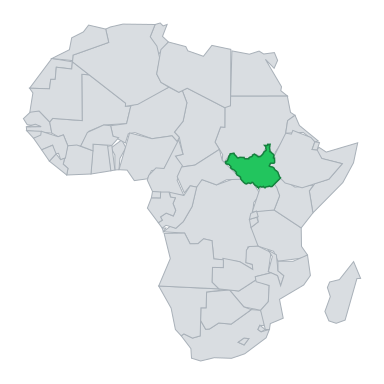 where South Sudan sits in Africa
{"feature_id": "SSD", "entity_name": "South Sudan", "entity_type": "country or territory", "adm_level": 0, "iso_a3": "SSD", "parent_name": "Africa", "parent_adm1": "", "projection": "albers", "projection_center": [30.346, 7.857], "detail": "fine", "context": "in_parent", "style": "filled", "palette": "green", "viewbox_px": 384, "rotation_deg": 0, "n_neighbors": 49, "source": "natural_earth", "source_scale": "50m", "svg_char_len": 13273}
<svg xmlns="http://www.w3.org/2000/svg" viewBox="0 0 384 384"><path d="M274.1,210.0L301.2,227.9L301.5,246.4L307.5,255.0L303.5,257.9L277.9,261.2L273.6,251.3L258.1,246.2L252.4,237.4L251.0,227.5L258.2,221.9L256.5,211.0L274.1,210.0Z" fill="#d9dde1" stroke="#a8b0b8" stroke-width="1"/><path d="M72.4,61.8L71.7,69.0L56.3,67.2L55.2,79.4L50.7,79.4L49.5,88.8L29.6,88.2L51.8,58.5L72.4,61.8Z" fill="#d9dde1" stroke="#a8b0b8" stroke-width="1"/><path d="M251.0,227.5L258.1,246.2L247.8,247.0L245.9,262.6L252.3,264.4L252.8,269.5L239.7,261.7L213.8,258.9L212.0,240.7L203.6,238.8L198.0,243.7L190.1,243.8L184.6,233.1L163.4,231.8L170.9,225.8L175.8,228.3L183.3,221.6L192.1,206.5L197.3,183.6L202.0,179.6L216.5,184.9L232.8,179.1L241.3,179.2L246.6,184.0L253.0,182.5L260.3,194.4L253.8,202.4L251.0,227.5Z" fill="#d9dde1" stroke="#a8b0b8" stroke-width="1"/><path d="M312.9,212.9L309.3,190.9L314.9,183.5L328.9,179.2L342.3,163.7L321.8,158.5L316.1,151.7L318.8,147.2L326.2,152.1L357.7,142.8L353.5,162.8L342.8,182.6L312.9,212.9Z" fill="#d9dde1" stroke="#a8b0b8" stroke-width="1"/><path d="M301.2,227.9L274.1,210.0L279.6,195.8L274.4,184.1L280.7,177.8L294.9,187.1L313.5,185.1L309.3,190.9L312.9,212.9L301.2,227.9Z" fill="#d9dde1" stroke="#a8b0b8" stroke-width="1"/><path d="M227.6,164.1L223.9,161.9L222.2,160.4L222.7,154.7L215.0,142.1L220.6,126.9L224.8,127.3L224.9,105.7L230.5,105.7L230.6,96.0L287.3,95.9L290.5,112.4L295.0,115.3L287.6,120.6L285.0,137.5L275.3,152.2L274.0,162.0L267.8,144.2L261.1,156.4L254.4,154.0L249.3,158.5L238.4,158.1L230.2,153.9L224.3,162.1L227.6,164.1Z" fill="#d9dde1" stroke="#a8b0b8" stroke-width="1"/><path d="M224.9,107.7L224.8,127.3L220.6,126.9L215.0,142.1L219.4,149.4L194.9,165.1L181.6,167.0L175.4,156.1L183.0,154.3L179.3,137.4L174.4,132.1L183.1,121.2L186.9,102.8L182.3,90.6L187.2,88.2L224.9,107.7Z" fill="#d9dde1" stroke="#a8b0b8" stroke-width="1"/><path d="M181.2,335.8L183.9,333.9L192.5,338.1L200.2,335.9L200.6,320.5L205.7,329.3L209.5,329.0L218.7,323.0L231.2,324.1L251.3,309.6L260.6,310.3L264.5,319.4L264.1,325.7L259.8,325.3L257.9,329.5L261.1,331.8L269.4,329.5L266.1,337.8L244.7,353.8L231.5,358.3L214.2,357.7L200.6,361.0L191.5,358.2L190.9,348.6L181.2,335.8ZM248.8,338.6L244.0,338.2L238.2,342.3L244.1,345.0L248.8,338.6Z" fill="#d9dde1" stroke="#a8b0b8" stroke-width="1"/><path d="M248.8,338.6L244.1,345.0L238.2,342.3L244.0,338.2L248.8,338.6Z" fill="#d9dde1" stroke="#a8b0b8" stroke-width="1"/><path d="M260.6,310.3L243.8,306.9L229.5,290.0L238.8,291.0L255.7,280.0L269.2,285.5L268.3,301.7L260.6,310.3Z" fill="#d9dde1" stroke="#a8b0b8" stroke-width="1"/><path d="M251.3,309.6L231.2,324.1L218.7,323.0L209.5,329.0L205.7,329.3L200.6,320.5L200.9,307.8L206.1,307.8L206.6,292.0L229.5,290.0L243.8,306.9L251.3,309.6Z" fill="#d9dde1" stroke="#a8b0b8" stroke-width="1"/><path d="M200.9,307.8L200.2,335.9L192.5,338.1L183.9,333.9L181.2,335.8L175.4,329.5L171.1,308.1L158.7,286.0L228.5,289.3L206.6,292.0L206.1,307.8L200.9,307.8Z" fill="#d9dde1" stroke="#a8b0b8" stroke-width="1"/><path d="M27.2,124.7L23.4,118.6L31.6,110.9L39.1,111.0L49.7,122.0L51.8,133.1L26.7,130.7L26.3,126.8L41.1,126.6L27.2,124.7Z" fill="#d9dde1" stroke="#a8b0b8" stroke-width="1"/><path d="M51.8,133.1L49.7,122.0L52.6,118.4L82.2,120.6L81.8,74.3L89.1,74.8L125.6,103.2L125.4,106.3L130.8,106.1L126.6,123.6L103.7,125.0L88.8,131.3L80.7,146.1L67.8,145.8L63.4,134.9L58.1,136.7L51.8,133.1Z" fill="#d9dde1" stroke="#a8b0b8" stroke-width="1"/><path d="M29.6,88.2L49.5,88.8L50.7,79.4L55.2,79.4L56.3,67.2L71.7,69.0L72.4,61.8L89.1,74.8L81.8,74.3L82.2,120.6L52.6,118.4L49.7,122.0L39.1,111.0L29.8,112.3L32.9,93.0L29.6,88.2Z" fill="#d9dde1" stroke="#a8b0b8" stroke-width="1"/><path d="M119.0,169.7L114.9,170.0L114.9,155.0L111.0,148.0L121.7,139.9L125.9,147.7L119.9,158.4L119.0,169.7Z" fill="#d9dde1" stroke="#a8b0b8" stroke-width="1"/><path d="M182.3,90.6L186.9,102.8L183.1,121.2L174.4,132.1L179.3,137.4L177.1,141.5L172.0,135.8L152.0,138.7L134.9,132.6L128.3,133.8L125.3,143.0L113.0,136.2L110.6,125.7L126.6,123.6L130.8,106.1L168.8,87.2L178.8,92.3L182.3,90.6Z" fill="#d9dde1" stroke="#a8b0b8" stroke-width="1"/><path d="M119.0,169.7L129.6,132.9L152.0,138.7L172.0,135.8L179.0,143.6L164.0,168.5L151.5,170.6L147.4,178.8L134.3,180.6L127.1,170.1L119.0,169.7Z" fill="#d9dde1" stroke="#a8b0b8" stroke-width="1"/><path d="M178.7,139.7L183.0,154.3L175.4,156.1L182.4,165.7L177.1,180.3L183.9,195.5L152.5,191.5L147.3,180.2L148.8,175.3L156.0,167.9L164.0,168.5L178.7,139.7Z" fill="#d9dde1" stroke="#a8b0b8" stroke-width="1"/><path d="M111.8,145.4L114.9,170.0L110.8,170.8L107.0,146.5L111.8,145.4Z" fill="#d9dde1" stroke="#a8b0b8" stroke-width="1"/><path d="M107.5,145.0L110.8,170.8L91.0,174.0L93.0,144.2L107.5,145.0Z" fill="#d9dde1" stroke="#a8b0b8" stroke-width="1"/><path d="M67.8,145.8L76.8,145.0L93.0,150.8L91.0,174.0L66.7,175.0L68.0,168.4L63.2,164.2L67.8,145.8Z" fill="#d9dde1" stroke="#a8b0b8" stroke-width="1"/><path d="M41.3,131.3L58.1,136.7L63.4,134.9L67.8,145.8L65.4,158.2L60.6,159.7L58.5,153.3L54.8,153.9L52.6,145.2L41.6,149.8L33.5,138.2L41.3,131.3Z" fill="#d9dde1" stroke="#a8b0b8" stroke-width="1"/><path d="M26.7,130.7L41.3,131.3L40.7,135.1L33.5,138.2L26.7,130.7Z" fill="#d9dde1" stroke="#a8b0b8" stroke-width="1"/><path d="M64.6,158.2L63.2,164.2L68.0,168.4L66.7,175.0L49.4,161.2L56.1,153.8L60.6,159.7L64.6,158.2Z" fill="#d9dde1" stroke="#a8b0b8" stroke-width="1"/><path d="M41.6,149.8L52.6,145.2L56.1,153.8L49.4,161.2L41.6,149.8Z" fill="#d9dde1" stroke="#a8b0b8" stroke-width="1"/><path d="M80.7,146.1L87.4,132.4L103.7,125.0L110.6,125.7L113.0,136.2L118.6,137.7L111.8,145.4L93.0,144.2L93.0,150.8L80.7,146.1Z" fill="#d9dde1" stroke="#a8b0b8" stroke-width="1"/><path d="M241.3,179.2L226.6,179.7L216.5,184.9L202.0,179.6L196.7,187.1L190.2,185.8L184.3,192.9L177.2,176.7L181.6,167.0L194.9,165.1L219.4,149.4L222.2,160.4L241.3,179.2Z" fill="#d9dde1" stroke="#a8b0b8" stroke-width="1"/><path d="M196.7,187.1L192.1,206.5L183.3,221.6L175.8,228.3L166.0,225.3L162.2,228.1L158.3,222.7L162.3,220.2L160.5,216.9L166.2,213.1L173.3,216.0L175.7,210.4L173.0,203.5L175.4,197.9L170.5,197.1L169.6,192.3L183.9,195.5L190.2,185.8L196.7,187.1Z" fill="#d9dde1" stroke="#a8b0b8" stroke-width="1"/><path d="M160.6,192.0L169.0,192.0L170.5,197.1L175.4,197.9L173.0,203.5L175.7,210.4L173.3,216.0L166.2,213.1L160.5,216.9L162.3,220.2L158.3,222.7L147.4,208.1L151.4,197.8L160.4,197.9L160.6,192.0Z" fill="#d9dde1" stroke="#a8b0b8" stroke-width="1"/><path d="M152.5,191.5L160.6,192.0L160.4,197.9L151.4,197.8L152.5,191.5Z" fill="#d9dde1" stroke="#a8b0b8" stroke-width="1"/><path d="M258.1,246.2L271.0,252.5L268.3,271.6L271.0,272.8L255.3,276.7L255.7,280.0L238.8,291.0L218.8,288.9L212.0,282.2L212.5,267.4L223.3,267.6L222.9,258.3L239.7,261.7L252.8,269.5L252.3,264.4L245.9,262.6L246.4,250.1L249.2,246.5L258.1,246.2Z" fill="#d9dde1" stroke="#a8b0b8" stroke-width="1"/><path d="M268.5,250.4L276.4,254.8L278.0,270.9L283.9,275.7L280.6,285.8L277.5,275.7L268.3,271.6L272.3,256.6L268.5,250.4Z" fill="#d9dde1" stroke="#a8b0b8" stroke-width="1"/><path d="M277.9,261.2L293.0,261.3L307.5,255.0L310.4,275.5L303.7,285.0L279.5,299.3L283.2,318.2L270.3,323.6L269.4,329.5L265.3,329.5L260.6,310.3L268.3,301.7L269.2,285.5L256.1,281.7L255.3,276.7L271.0,272.8L277.5,275.7L280.6,285.8L283.9,275.7L278.0,270.9L277.9,261.2Z" fill="#d9dde1" stroke="#a8b0b8" stroke-width="1"/><path d="M265.3,329.5L261.1,331.8L257.9,329.5L259.8,325.3L265.3,329.5Z" fill="#d9dde1" stroke="#a8b0b8" stroke-width="1"/><path d="M162.2,228.1L165.9,228.0L163.4,231.8L162.2,228.1ZM164.1,233.4L184.6,233.1L190.1,243.8L198.0,243.7L203.6,238.8L212.0,240.7L213.8,258.9L223.4,259.8L223.3,267.6L212.5,267.4L212.0,282.2L218.8,288.9L158.7,286.0L170.3,258.6L164.1,233.4Z" fill="#d9dde1" stroke="#a8b0b8" stroke-width="1"/><path d="M256.7,217.3L258.2,221.9L251.0,227.5L249.4,219.4L256.7,217.3Z" fill="#d9dde1" stroke="#a8b0b8" stroke-width="1"/><path d="M353.6,261.6L360.6,278.4L356.9,278.6L345.1,320.1L336.2,323.3L328.9,320.9L324.9,311.5L330.3,296.6L327.4,287.5L329.7,282.0L339.4,279.6L353.6,261.6Z" fill="#d9dde1" stroke="#a8b0b8" stroke-width="1"/><path d="M26.3,126.8L35.3,124.2L41.1,126.6L26.3,126.8Z" fill="#d9dde1" stroke="#a8b0b8" stroke-width="1"/><path d="M158.5,54.4L150.2,36.8L155.1,24.5L160.2,23.0L163.1,25.9L167.1,24.5L162.5,36.4L168.4,42.0L158.5,54.4Z" fill="#d9dde1" stroke="#a8b0b8" stroke-width="1"/><path d="M72.4,61.8L73.0,55.1L108.7,42.4L105.7,29.1L110.3,27.0L122.9,24.1L155.1,24.5L150.2,36.8L156.9,46.1L159.8,58.6L156.7,74.0L161.0,82.4L168.8,87.2L137.7,104.4L125.4,106.3L125.6,103.2L72.4,61.8Z" fill="#d9dde1" stroke="#a8b0b8" stroke-width="1"/><path d="M285.7,133.2L287.6,120.6L295.0,115.3L299.4,125.5L318.3,141.0L314.8,141.9L303.2,132.4L285.7,133.2Z" fill="#d9dde1" stroke="#a8b0b8" stroke-width="1"/><path d="M51.8,58.5L69.4,49.7L71.7,37.8L83.4,31.9L88.6,25.1L105.7,29.1L108.7,42.4L73.0,55.1L72.6,60.6L51.8,58.5Z" fill="#d9dde1" stroke="#a8b0b8" stroke-width="1"/><path d="M287.3,95.9L230.6,96.0L231.9,50.9L249.4,54.2L259.1,51.1L263.7,54.0L274.4,52.6L277.6,60.4L274.1,68.3L265.4,59.3L281.5,86.7L280.8,90.7L287.3,95.9Z" fill="#d9dde1" stroke="#a8b0b8" stroke-width="1"/><path d="M230.8,49.4L230.5,105.7L224.9,107.7L187.2,88.2L178.8,92.3L161.0,82.4L156.7,74.0L160.9,49.6L168.4,42.0L185.8,46.6L187.8,50.8L203.4,56.3L211.9,45.4L230.8,49.4Z" fill="#d9dde1" stroke="#a8b0b8" stroke-width="1"/><path d="M342.3,163.7L328.9,179.2L302.1,187.8L285.1,183.0L269.0,166.5L285.7,133.2L291.4,134.1L292.8,130.4L311.0,137.5L314.8,141.9L312.1,149.5L317.1,149.9L321.8,158.5L342.3,163.7Z" fill="#d9dde1" stroke="#a8b0b8" stroke-width="1"/><path d="M314.8,141.9L319.5,142.6L317.1,149.9L312.1,149.5L314.8,141.9Z" fill="#d9dde1" stroke="#a8b0b8" stroke-width="1"/><path d="M274.1,210.0L252.2,212.0L260.6,186.5L274.4,184.1L276.8,187.6L279.6,195.8L274.1,210.0Z" fill="#d9dde1" stroke="#a8b0b8" stroke-width="1"/><path d="M256.5,211.0L258.2,216.7L249.4,219.4L250.8,213.4L256.5,211.0Z" fill="#d9dde1" stroke="#a8b0b8" stroke-width="1"/><path d="M274.2,184.3L273.1,185.5L272.2,186.3L272.1,186.5L271.8,186.6L271.0,186.6L270.1,186.5L269.3,186.0L268.6,186.4L268.1,186.6L267.8,186.6L267.0,186.7L266.1,186.9L265.6,187.2L265.4,187.4L265.2,187.8L264.9,187.8L264.6,187.6L264.1,187.4L263.8,186.9L263.6,186.6L263.4,186.4L262.5,186.9L262.1,187.1L261.8,187.1L261.2,186.8L260.5,186.5L260.1,186.5L259.6,186.8L259.0,187.3L258.7,187.7L258.6,188.0L258.5,187.8L258.4,187.6L258.2,187.3L257.9,187.2L257.6,187.3L257.3,187.3L257.2,187.2L257.2,186.8L257.1,186.5L256.9,186.3L256.5,186.0L255.4,185.6L254.5,184.6L254.1,184.1L253.7,183.8L253.3,183.1L252.8,182.5L252.2,182.3L251.8,182.4L251.3,183.0L250.5,183.5L250.2,183.5L249.7,183.2L249.1,183.0L248.1,182.9L247.6,183.2L247.0,183.6L246.6,183.8L246.3,183.9L246.0,183.8L245.7,183.7L245.4,183.7L244.8,183.3L244.5,183.0L244.3,182.8L244.0,182.6L243.6,182.4L243.4,182.2L243.2,181.9L243.0,181.5L242.8,181.2L241.9,180.6L241.7,180.2L241.5,179.9L241.1,179.5L240.8,179.0L240.6,178.2L240.6,177.6L240.6,177.3L240.4,177.0L240.2,176.8L239.9,176.5L239.2,176.1L238.5,175.7L238.1,175.4L237.5,175.3L237.1,175.0L236.8,174.5L236.6,174.0L236.3,173.7L236.2,173.4L236.1,173.1L236.4,172.2L236.0,171.9L235.4,171.5L235.0,171.0L234.8,170.6L234.0,170.0L232.5,169.2L231.5,168.7L231.0,168.2L230.6,167.7L230.9,167.1L230.9,166.7L230.7,166.3L229.7,165.5L229.0,164.6L228.4,164.3L227.0,164.1L226.6,164.0L226.2,163.8L225.8,163.4L225.7,162.9L225.9,162.2L225.5,161.9L225.9,161.4L226.3,161.2L227.5,160.8L227.5,160.7L227.5,160.2L228.0,159.4L228.1,159.1L228.1,158.6L228.2,158.3L228.3,158.2L228.6,157.8L228.7,157.6L228.8,157.2L228.8,156.4L228.9,156.1L229.7,155.4L229.9,155.0L229.9,154.7L229.9,154.4L230.0,154.1L230.2,153.8L230.4,153.7L230.9,153.7L231.3,153.7L233.8,153.2L234.1,153.3L234.2,153.6L234.2,154.1L234.2,154.3L234.4,154.5L234.8,154.7L235.0,155.1L235.2,155.3L235.6,155.5L237.4,157.8L238.0,158.0L238.5,157.9L239.5,157.4L240.0,157.3L243.6,157.5L244.0,157.4L244.5,158.5L244.8,158.8L248.7,158.8L248.7,158.5L248.7,158.2L249.2,157.7L249.4,157.5L249.5,157.4L250.1,157.1L250.7,156.9L251.8,156.6L252.2,156.2L252.5,155.9L252.5,155.1L252.9,154.9L254.2,154.2L254.4,154.1L256.8,155.6L258.1,156.8L258.3,156.8L258.3,156.7L258.5,156.7L259.0,156.7L260.1,156.6L260.4,156.5L262.6,154.4L263.1,153.7L263.5,153.1L263.8,152.2L266.2,150.2L266.3,150.0L266.3,149.9L266.0,149.2L265.9,148.9L265.9,148.4L265.9,147.5L265.9,147.0L265.9,146.9L264.6,145.4L267.8,145.4L267.8,145.2L267.7,145.0L267.7,144.7L267.7,144.4L270.1,144.3L270.0,144.8L269.8,145.7L269.8,146.3L269.7,147.0L269.5,147.3L269.5,147.5L270.0,151.2L270.0,151.3L269.8,151.6L270.9,152.1L271.0,152.1L271.4,152.7L273.5,154.4L273.6,154.5L273.8,155.0L273.9,155.3L273.8,155.7L273.8,155.8L273.9,156.0L273.6,156.8L273.5,157.3L273.5,157.6L273.5,157.9L273.5,158.0L274.5,158.1L274.5,158.3L274.5,159.3L274.6,160.2L274.6,161.6L274.6,162.0L274.6,162.5L274.3,162.9L273.9,163.2L273.1,163.2L272.4,163.2L271.9,163.2L271.2,163.2L270.6,163.2L270.4,163.4L270.0,164.2L269.6,165.2L269.3,165.7L269.2,165.9L269.3,166.1L269.6,166.3L270.4,166.6L271.2,166.8L271.8,166.9L272.2,167.0L272.5,167.0L273.7,167.8L274.1,168.2L274.3,168.6L274.4,168.9L274.5,169.3L275.2,170.0L275.6,170.4L276.6,170.9L277.0,171.5L277.4,171.8L277.8,172.1L278.0,172.5L278.4,173.9L278.7,174.6L279.0,175.1L279.2,176.1L279.4,176.5L279.7,177.0L280.1,177.4L280.5,177.8L279.7,178.8L278.7,179.8L277.5,181.0L276.2,182.3L275.2,183.3L274.2,184.3Z" fill="#22c55e" stroke="#15803d" stroke-width="1.5"/></svg>